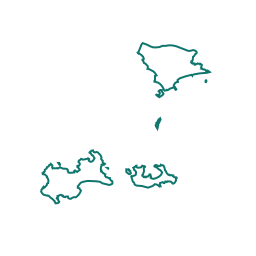 outline of Preah Sihanouk, Krong Preah Sihanouk, Cambodia, rotated 291°
{"feature_id": "14789045B14640150427480", "entity_name": "Preah Sihanouk", "entity_type": "district", "adm_level": 2, "iso_a3": "KHM", "parent_name": "Cambodia", "parent_adm1": "Krong Preah Sihanouk", "projection": "robinson", "projection_center": [103.359, 10.662], "detail": "fine", "context": "isolated", "style": "outline", "palette": "teal", "viewbox_px": 256, "rotation_deg": 291, "n_neighbors": 0, "source": "geoboundaries", "source_scale": "gbopen_adm2", "svg_char_len": 5747}
<svg xmlns="http://www.w3.org/2000/svg" viewBox="0 0 256 256"><g transform="rotate(291 128 128)"><path d="M217.0,130.6L214.9,128.5L213.1,124.9L212.3,122.5L212.2,119.5L212.6,116.2L212.5,111.3L211.0,110.7L202.7,110.6L201.8,110.0L201.1,111.2L201.5,111.9L200.9,114.4L199.9,116.6L198.2,118.0L197.7,118.0L197.2,117.7L196.9,117.0L196.6,117.1L196.0,118.2L194.4,119.7L194.3,121.2L193.0,124.0L192.1,124.7L190.2,125.0L190.5,125.7L190.5,126.6L189.9,131.6L188.9,133.6L187.3,135.8L186.2,134.5L182.1,136.2L181.3,135.8L180.8,136.1L181.1,136.4L180.9,138.5L181.2,139.6L180.6,142.2L179.3,144.7L177.6,146.9L176.6,147.6L176.0,148.7L177.0,150.5L177.6,150.6L177.7,151.6L178.1,152.0L179.4,152.7L181.9,155.6L182.1,156.2L181.8,157.4L180.7,158.7L181.1,159.2L181.4,159.3L181.8,158.9L182.2,157.9L182.9,157.5L183.3,155.8L184.4,155.4L186.8,155.8L186.9,156.1L188.1,156.7L188.8,158.1L189.3,158.0L189.6,157.4L190.6,157.1L192.9,158.5L196.6,162.9L200.4,168.2L199.9,169.2L200.5,169.1L201.5,170.1L204.5,175.0L207.9,182.0L209.5,184.2L210.1,182.3L210.1,181.3L209.7,180.9L209.3,181.7L209.0,181.6L208.8,180.8L209.7,180.1L210.1,178.2L209.6,177.2L209.6,175.9L209.9,176.2L210.6,174.6L213.3,174.4L213.6,173.9L213.8,172.7L213.4,172.5L213.8,172.0L213.3,171.4L213.2,169.8L212.4,169.3L212.3,168.8L211.8,168.6L210.9,167.7L211.0,167.3L212.0,166.8L211.2,165.1L211.5,164.2L212.0,164.3L212.1,163.5L212.7,163.7L213.1,163.3L213.7,164.0L214.4,164.1L217.8,163.2L218.8,163.9L221.4,164.4L221.8,164.9L222.8,165.2L223.6,164.8L224.2,163.4L224.3,161.9L224.0,160.7L222.5,158.7L221.6,156.8L221.6,143.7L221.2,140.8L220.6,138.5L219.5,135.9L218.1,133.6L217.0,130.6ZM55.7,65.0L55.2,64.4L54.4,65.0L54.8,67.2L53.7,69.8L53.0,69.8L51.9,71.5L50.3,72.6L47.9,73.2L47.1,72.4L45.5,72.6L42.6,71.4L42.9,70.4L42.0,70.4L42.2,70.1L41.8,69.8L40.8,69.9L39.6,69.4L37.5,69.7L36.4,71.1L35.5,72.9L35.8,76.8L36.3,77.2L36.1,78.9L35.4,80.1L34.4,83.7L33.5,85.0L33.6,85.5L31.7,87.3L31.8,87.7L33.0,89.7L34.3,90.3L34.6,90.2L35.3,88.9L36.6,88.1L36.5,87.2L36.9,86.6L38.1,86.9L38.6,87.5L39.0,87.4L39.3,86.8L41.2,88.7L41.7,89.7L41.4,90.6L41.6,91.3L41.5,91.7L40.8,91.6L40.7,93.3L41.0,94.3L41.8,94.6L42.5,96.4L41.2,97.3L41.0,98.8L41.4,100.0L42.8,100.9L44.0,102.2L44.6,104.0L45.0,104.4L48.1,105.9L50.4,106.4L52.7,106.5L53.5,105.1L54.3,104.2L54.2,102.5L55.7,102.0L56.3,102.4L58.1,102.8L59.9,103.5L61.3,104.8L64.1,109.2L66.8,117.2L67.8,121.3L67.2,123.7L68.1,130.9L69.6,132.8L70.4,133.3L71.2,133.2L72.7,132.3L73.0,130.8L73.5,129.9L74.8,129.0L74.2,128.0L74.6,126.6L74.2,125.2L75.0,123.9L75.8,123.4L76.6,123.4L76.5,122.9L77.1,121.2L76.9,121.0L77.6,119.5L78.2,119.0L77.7,118.8L77.7,118.4L80.6,117.1L82.0,116.8L83.2,116.9L84.1,116.4L84.4,116.5L84.5,116.8L84.1,116.8L84.6,117.4L84.9,118.6L86.2,119.3L86.6,117.1L86.9,116.7L87.9,116.1L88.4,116.1L89.2,114.3L89.9,113.9L91.0,113.8L92.8,112.0L94.4,108.5L94.3,107.1L93.4,106.1L93.3,104.6L94.6,103.3L93.6,102.0L91.4,100.8L91.1,101.0L91.3,101.7L90.9,102.6L89.8,103.7L89.7,105.1L87.8,107.6L85.4,107.2L84.1,106.6L83.1,105.4L83.0,104.6L83.4,103.1L85.2,102.8L85.4,101.5L84.5,100.9L82.5,97.6L82.3,97.1L82.5,96.0L82.3,95.2L81.4,95.0L80.1,93.9L79.2,93.8L78.6,93.9L78.2,95.0L77.2,95.9L76.0,96.0L75.0,95.6L75.0,95.0L74.5,94.5L74.2,95.0L73.8,95.0L73.7,94.6L73.4,94.7L72.8,96.5L71.7,98.0L68.7,96.2L69.4,93.7L68.7,93.2L67.3,93.8L65.5,90.3L65.2,89.1L65.1,88.2L65.8,87.8L66.3,87.1L67.3,86.8L67.8,85.8L67.7,84.4L66.8,82.1L66.9,78.4L65.5,77.5L65.4,76.9L65.0,76.6L65.1,76.0L64.3,74.7L63.7,72.4L63.3,72.1L63.9,71.4L65.9,70.8L66.9,68.8L65.7,68.5L65.3,67.8L63.7,67.7L62.3,66.3L61.2,66.6L59.0,65.3L57.7,65.8L57.2,65.5L56.9,65.6L56.5,65.0L55.7,65.0ZM94.7,148.7L92.8,147.2L92.5,147.8L91.2,148.6L90.7,150.2L89.7,151.3L88.0,151.9L86.8,151.9L86.1,151.3L85.2,150.0L84.5,149.7L84.4,148.5L83.9,148.4L79.8,151.6L79.0,153.4L77.6,154.5L77.3,156.5L78.8,161.8L79.5,168.1L82.8,171.9L85.1,173.1L85.5,174.9L85.3,176.7L84.6,178.4L85.2,179.3L86.9,177.9L88.0,177.6L89.9,179.8L89.4,181.1L89.6,181.7L91.4,182.0L91.6,182.4L91.4,183.6L92.4,184.1L93.3,187.2L93.2,187.8L92.2,189.3L92.3,190.3L93.9,191.3L96.0,191.6L97.8,191.0L98.5,191.4L99.2,191.1L99.2,190.8L98.7,189.2L98.8,188.2L99.1,187.4L99.9,187.3L99.3,184.7L98.9,184.3L99.2,183.4L99.1,182.9L98.8,182.8L98.9,182.0L100.0,180.0L101.3,178.9L101.7,177.8L104.3,176.1L104.9,175.2L105.6,174.8L105.7,174.0L105.3,172.8L105.4,171.8L104.5,172.0L103.5,170.6L103.2,169.5L103.6,169.0L103.3,168.1L103.5,167.4L102.9,166.6L102.4,166.3L101.6,166.4L101.3,169.4L100.4,171.8L100.2,173.4L98.8,175.8L96.3,175.7L93.7,174.4L91.1,172.0L89.8,170.3L89.4,168.6L89.7,167.8L89.5,167.5L89.7,166.9L90.8,166.9L92.7,165.5L92.2,164.7L90.3,164.3L89.6,163.5L89.4,162.9L88.4,162.4L88.7,161.3L88.0,161.0L87.8,160.2L88.2,159.7L88.5,158.6L89.0,158.2L89.6,158.3L89.8,158.6L93.6,158.4L95.9,157.2L96.9,157.2L97.6,157.8L98.0,157.8L98.3,157.0L97.8,155.6L97.9,154.8L96.2,154.5L94.7,152.1L94.4,151.2L94.6,149.7L95.8,149.4L95.4,148.8L94.7,148.7ZM172.0,145.3L169.9,145.2L170.0,144.8L169.5,144.2L169.4,142.7L169.1,142.5L168.4,144.2L168.0,146.2L170.7,148.2L172.1,148.9L172.9,148.7L173.8,147.1L174.7,146.2L175.5,145.8L175.0,144.4L173.4,143.4L173.1,143.5L172.9,144.5L172.0,145.3ZM144.3,153.5L143.0,152.6L141.9,153.1L140.6,152.8L139.6,153.5L137.9,155.7L139.8,155.5L140.7,155.1L141.2,155.3L141.9,154.9L142.8,154.8L144.1,155.2L145.3,155.1L147.5,155.4L148.6,154.5L147.1,153.6L146.5,153.7L145.8,153.3L144.3,153.5ZM88.6,144.0L89.5,144.0L89.7,143.2L88.8,142.0L88.8,141.3L87.1,141.8L86.2,142.4L85.3,145.6L85.8,146.4L87.0,146.8L87.8,145.9L88.6,145.6L88.5,144.3L88.6,144.0ZM200.0,184.4L200.5,183.8L200.3,183.5L199.5,183.6L198.7,184.1L198.8,184.4L200.0,184.4ZM70.7,76.3L70.4,75.4L69.8,76.2L70.4,76.5L70.7,76.3ZM69.8,77.5L69.7,76.7L69.4,76.8L69.1,77.6L69.8,77.5ZM83.5,123.6L83.3,123.0L83.0,124.0L83.3,124.0L83.5,123.6Z" fill="none" stroke="#0f766e" stroke-width="2"/></g></svg>